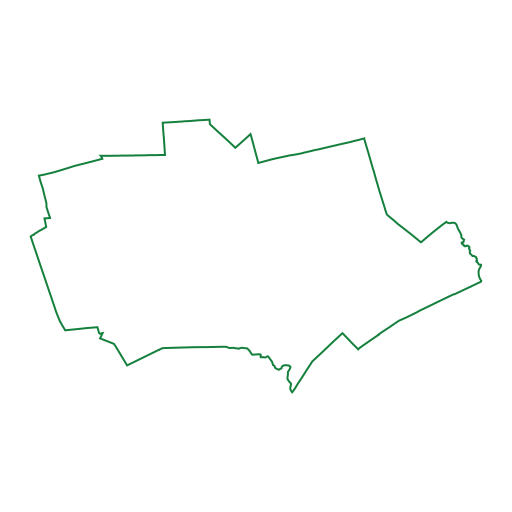 Cornatelu, Dâmbovita, Romania (Natural Earth projection)
{"feature_id": "2599482B11591247588372", "entity_name": "Cornatelu", "entity_type": "district", "adm_level": 2, "iso_a3": "ROU", "parent_name": "Romania", "parent_adm1": "Dâmbovita", "projection": "natural_earth1", "projection_center": [25.687, 44.731], "detail": "fine", "context": "isolated", "style": "outline", "palette": "green", "viewbox_px": 512, "rotation_deg": 0, "n_neighbors": 0, "source": "geoboundaries", "source_scale": "gbopen_adm2", "svg_char_len": 5923}
<svg xmlns="http://www.w3.org/2000/svg" viewBox="0 0 512 512"><path d="M378.5,334.9L378.3,334.7L381.4,332.5L390.2,326.7L390.3,326.6L393.9,324.1L399.0,320.7L406.9,317.2L407.1,317.1L417.2,312.1L419.6,310.7L430.8,305.3L437.3,302.1L453.8,294.2L454.4,294.3L481.0,281.7L481.3,280.8L480.2,279.2L479.4,277.4L478.9,276.0L478.7,274.2L478.5,271.7L479.0,269.7L479.7,268.2L480.8,266.3L480.9,265.9L481.1,265.1L480.9,264.7L480.4,264.7L479.5,264.6L478.8,264.4L478.5,264.0L478.0,263.1L477.8,262.6L477.4,262.3L476.7,262.0L476.3,261.5L476.4,261.0L476.9,260.6L477.0,260.4L476.9,260.1L476.7,259.8L476.8,259.4L476.8,259.1L476.8,258.7L476.3,258.2L476.2,257.3L476.0,257.1L475.2,256.7L474.2,256.1L473.5,256.0L472.6,256.1L472.2,255.8L471.7,255.0L470.6,254.1L470.0,253.5L469.8,252.7L469.8,252.0L470.2,251.0L469.8,250.3L469.7,249.5L469.2,249.1L469.1,248.7L469.1,248.2L469.4,247.5L469.3,246.8L468.4,246.2L467.7,245.7L466.9,245.6L465.8,246.2L465.5,246.3L465.2,246.3L464.9,246.2L464.5,245.8L464.0,245.6L463.7,245.6L463.4,245.4L463.4,245.0L463.5,244.8L463.5,244.6L462.8,244.1L462.0,243.8L461.8,243.4L461.6,242.9L461.7,242.6L462.8,242.2L463.4,242.0L463.7,241.4L463.7,240.8L463.8,240.3L464.0,239.9L464.1,239.7L463.7,239.3L462.5,238.7L461.8,238.0L461.4,237.2L461.3,236.4L461.4,235.1L461.1,234.7L460.6,233.6L460.4,232.8L459.9,232.1L459.0,230.4L458.3,229.4L457.9,228.5L457.7,228.0L457.3,226.8L456.9,225.7L456.4,224.5L455.2,223.2L453.8,222.8L452.1,222.7L450.7,223.1L449.7,223.2L448.2,222.9L447.1,222.5L446.3,221.9L446.2,222.0L442.2,224.9L436.5,229.4L432.6,232.5L429.5,235.1L427.0,237.2L422.2,241.3L421.1,242.2L420.9,242.3L414.1,236.7L412.5,235.4L409.9,233.3L397.9,224.0L393.4,220.0L387.9,215.5L387.4,215.0L387.0,214.5L386.7,214.0L386.3,212.9L385.3,209.9L384.2,206.1L383.4,203.7L382.3,200.2L381.8,198.6L380.4,194.0L379.1,190.0L378.2,186.8L377.0,182.6L376.0,179.3L375.5,177.5L374.8,175.0L374.3,173.1L373.7,170.9L373.4,169.9L373.2,169.6L373.1,169.4L371.4,163.4L369.7,157.5L368.3,152.6L366.4,146.3L365.6,143.5L364.4,139.4L364.2,138.6L364.2,138.4L363.3,138.7L362.4,138.9L357.9,140.1L353.6,141.1L350.3,142.0L346.9,142.8L345.5,143.1L339.7,144.4L332.9,146.0L328.9,146.9L323.5,148.2L319.1,149.2L317.5,149.6L314.8,150.1L313.8,150.3L312.9,150.5L312.1,150.8L309.5,151.4L308.6,151.6L306.1,152.2L304.2,152.6L302.4,153.1L302.1,153.2L301.8,153.3L299.8,153.7L296.8,154.3L293.7,154.8L291.2,155.2L289.3,155.5L287.8,155.8L286.1,156.2L284.2,156.6L277.2,158.1L271.5,159.4L259.4,162.7L258.3,163.0L258.3,162.8L257.9,161.2L255.7,153.2L251.5,137.4L250.5,134.1L246.4,137.9L235.3,147.8L235.0,147.5L233.9,146.5L233.6,146.1L228.0,140.8L223.3,136.5L218.5,132.2L218.3,132.0L210.2,124.5L209.9,124.1L209.6,120.5L209.5,119.7L200.7,120.2L200.4,120.2L198.2,120.3L195.7,120.5L190.2,121.0L188.5,121.1L186.4,121.2L185.8,121.2L185.4,121.2L185.0,121.2L184.6,121.3L182.1,121.5L181.3,121.6L179.3,121.7L176.4,121.9L171.6,122.2L162.7,122.7L163.2,130.3L163.2,130.5L163.5,134.1L163.8,137.2L163.9,138.9L164.1,141.4L164.4,146.2L165.0,155.0L164.8,155.0L163.0,155.0L159.5,155.0L156.6,155.1L155.6,155.1L152.7,155.1L147.8,155.2L146.9,155.2L146.5,155.2L146.3,155.3L143.3,155.3L142.1,155.3L141.7,155.3L140.3,155.4L139.6,155.4L138.1,155.4L137.6,155.4L136.7,155.4L136.2,155.4L135.4,155.4L133.7,155.5L133.3,155.6L131.7,155.5L131.0,155.5L129.8,155.5L128.6,155.5L128.1,155.6L123.4,155.6L121.4,155.6L118.6,155.7L109.9,155.8L101.1,155.8L100.8,155.8L101.0,156.0L101.2,156.4L101.5,157.1L102.3,158.8L89.8,162.1L75.8,165.6L73.4,166.3L71.4,166.9L70.2,167.3L69.1,167.7L67.1,168.3L61.8,169.9L57.9,171.1L53.4,172.4L51.5,172.9L47.0,173.9L44.4,174.6L38.9,175.6L40.5,181.6L42.8,188.5L43.3,190.4L43.4,190.7L43.3,190.8L45.9,201.2L46.1,201.9L46.4,203.2L46.5,207.2L49.2,215.5L49.3,215.7L50.1,217.8L50.1,218.0L47.3,218.2L47.1,218.2L44.5,218.4L46.2,227.0L40.7,230.2L39.7,230.6L39.2,230.9L38.6,231.3L37.7,231.9L36.1,233.0L34.9,233.6L34.5,233.8L34.2,234.3L33.9,234.7L33.0,234.9L31.7,235.7L30.9,236.3L30.7,236.5L31.3,238.3L33.5,245.0L36.2,252.9L40.2,264.8L44.7,277.9L46.2,282.5L46.4,283.1L46.7,283.9L47.2,285.5L47.6,286.5L48.6,289.6L48.9,290.4L49.0,290.8L51.1,296.7L52.5,301.1L54.1,305.6L56.0,311.5L57.8,316.1L59.9,321.1L61.8,324.6L64.2,328.6L65.2,330.3L76.2,329.2L86.5,328.1L97.4,327.2L99.3,333.8L99.1,333.9L102.6,333.1L100.1,338.4L113.8,343.8L115.5,346.1L127.1,365.4L147.7,355.3L158.7,349.9L159.0,350.0L160.5,349.0L162.8,348.1L176.1,347.7L194.3,347.2L207.4,347.1L220.6,346.8L224.6,346.8L225.7,346.8L226.1,346.7L228.1,347.6L230.1,348.1L231.4,347.9L233.6,347.8L235.7,348.3L237.3,348.3L238.7,348.8L239.4,348.4L241.4,347.8L243.3,347.9L244.6,348.2L246.0,348.2L247.3,348.5L249.6,350.9L250.7,352.6L252.1,354.6L254.7,354.6L257.2,354.3L260.1,354.3L260.7,354.7L260.7,355.5L260.6,356.1L260.6,357.0L260.8,357.2L261.4,357.2L262.2,357.3L262.5,357.1L263.2,357.1L264.1,357.4L265.0,357.5L265.5,357.3L266.0,357.2L266.7,356.8L267.2,356.4L267.6,356.3L268.0,356.4L268.4,356.7L269.2,357.8L270.5,359.7L271.9,361.5L272.8,364.1L272.9,364.8L273.1,365.1L274.0,365.5L274.4,365.7L274.6,366.1L274.9,367.4L275.5,368.2L277.8,369.3L278.8,369.8L279.3,369.4L280.0,369.1L280.5,368.7L281.3,368.5L281.5,368.3L281.9,366.7L282.1,366.4L282.9,366.0L283.2,365.6L283.8,365.4L284.7,365.3L286.3,365.2L287.5,365.4L288.9,365.5L289.2,365.8L289.9,366.2L290.5,367.1L290.3,367.9L289.0,370.4L288.3,371.3L288.0,371.9L287.9,372.5L287.9,374.5L287.4,378.5L288.2,380.3L289.1,381.5L290.8,383.3L291.0,383.7L291.1,384.1L291.0,384.8L290.4,386.9L290.3,387.3L290.3,388.9L290.4,389.4L291.0,390.6L291.6,391.5L292.2,392.3L292.4,392.1L295.0,388.4L295.9,386.9L296.3,386.2L297.2,384.8L297.7,383.9L300.7,379.4L305.4,372.1L306.3,370.6L308.5,367.3L310.7,363.9L312.4,361.3L316.2,357.8L320.0,354.3L324.2,350.3L327.7,347.0L331.6,343.2L334.8,340.2L342.3,333.3L342.5,333.2L342.8,333.5L345.0,335.8L348.8,339.7L351.5,342.6L357.9,349.0L358.2,349.3L358.3,349.1L358.9,348.6L360.0,347.6L361.6,346.6L362.8,345.6L364.2,344.7L369.5,341.0L376.2,336.4L378.2,335.1L378.5,334.9Z" fill="none" stroke="#15803d" stroke-width="2"/></svg>